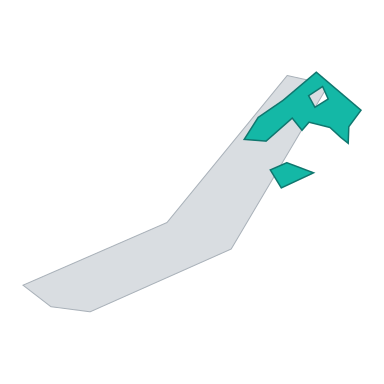 where Saint George's sits in Bermuda
{"feature_id": "BMU-5140", "entity_name": "Saint George's", "entity_type": "state/province", "adm_level": 1, "iso_a3": "BMU", "parent_name": "Bermuda", "parent_adm1": "", "projection": "orthographic", "projection_center": [-64.685, 32.358], "detail": "fine", "context": "in_parent", "style": "filled", "palette": "teal", "viewbox_px": 384, "rotation_deg": 0, "n_neighbors": 0, "source": "natural_earth", "source_scale": "10m", "svg_char_len": 571}
<svg xmlns="http://www.w3.org/2000/svg" viewBox="0 0 384 384"><path d="M231.2,249.0L90.1,311.8L50.9,306.7L23.0,285.2L167.0,222.5L287.2,75.5L328.5,84.7L231.2,249.0Z" fill="#d9dde1" stroke="#a8b0b8" stroke-width="1"/><path d="M244.2,139.4L258.2,117.4L283.1,100.3L316.3,72.2L361.0,110.2L348.8,126.7L348.2,143.3L340.9,137.5L330.0,127.5L309.0,122.2L302.0,130.3L292.2,118.1L266.1,141.1L244.2,139.4ZM314.9,107.3L328.2,99.0L322.6,86.5L308.6,95.7L314.9,107.3ZM286.8,162.7L313.5,172.8L281.3,187.9L270.3,169.9L286.8,162.7Z" fill="#14b8a6" stroke="#0f766e" stroke-width="1.5"/></svg>